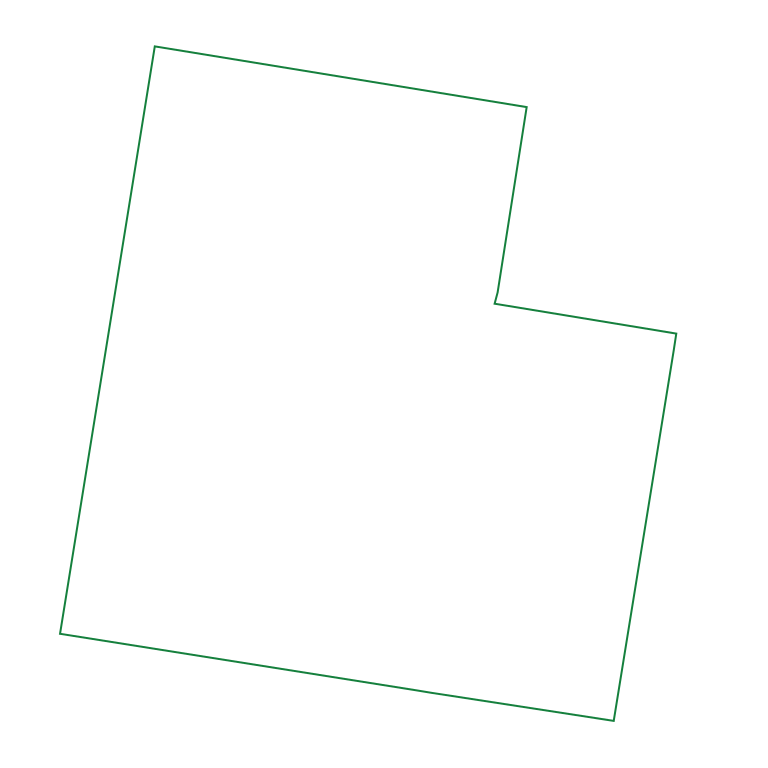 outline of Stark, Illinois, United States of America, rotated 99°
{"feature_id": "52423323B24463330848727", "entity_name": "Stark", "entity_type": "district", "adm_level": 2, "iso_a3": "USA", "parent_name": "United States of America", "parent_adm1": "Illinois", "projection": "natural_earth1", "projection_center": [-89.816, 41.104], "detail": "fine", "context": "isolated", "style": "outline", "palette": "green", "viewbox_px": 768, "rotation_deg": 99, "n_neighbors": 0, "source": "geoboundaries", "source_scale": "gbopen_adm2", "svg_char_len": 294}
<svg xmlns="http://www.w3.org/2000/svg" viewBox="0 0 768 768"><g transform="rotate(99 384 384)"><path d="M88.2,286.4L86.4,663.2L681.4,664.9L681.5,303.8L681.6,288.1L680.8,104.4L305.5,103.1L288.5,103.2L287.4,287.3L275.8,286.1L88.2,286.4Z" fill="none" stroke="#15803d" stroke-width="2"/></g></svg>